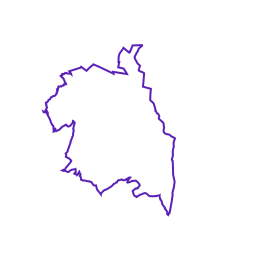 outline of Ixtacuixtla de Mariano Matamoros, Tlaxcala, Mexico, rotated 218°
{"feature_id": "50627088B9803475086398", "entity_name": "Ixtacuixtla de Mariano Matamoros", "entity_type": "district", "adm_level": 2, "iso_a3": "MEX", "parent_name": "Mexico", "parent_adm1": "Tlaxcala", "projection": "orthographic", "projection_center": [-98.372, 19.347], "detail": "fine", "context": "isolated", "style": "outline", "palette": "violet", "viewbox_px": 256, "rotation_deg": 218, "n_neighbors": 0, "source": "geoboundaries", "source_scale": "gbopen_adm2", "svg_char_len": 5634}
<svg xmlns="http://www.w3.org/2000/svg" viewBox="0 0 256 256"><g transform="rotate(218 128 128)"><path d="M72.2,129.2L72.5,129.3L72.7,129.7L73.9,129.9L74.9,132.1L75.3,133.4L75.9,134.2L77.1,135.7L78.8,137.8L80.5,141.6L81.3,142.4L83.3,144.9L84.6,148.8L87.6,148.4L88.4,148.1L90.9,148.2L91.8,148.1L93.1,147.3L94.5,146.7L95.1,146.6L96.4,146.5L97.7,147.1L98.4,147.9L99.1,149.0L99.7,150.5L101.0,151.6L101.4,152.1L103.4,153.9L107.9,154.2L109.1,154.2L109.7,154.5L110.3,156.0L110.7,156.6L111.5,157.0L112.4,157.5L113.1,157.7L114.6,157.5L116.2,158.4L117.0,158.4L117.1,158.9L117.5,159.1L119.1,160.5L122.4,162.8L123.6,163.3L125.6,163.5L127.2,163.5L127.9,163.9L131.8,169.4L134.1,173.0L136.7,171.8L141.7,169.8L142.9,171.8L149.0,181.1L150.9,180.9L153.3,180.1L154.9,179.9L155.3,180.4L156.9,184.5L159.0,184.6L160.3,184.8L164.5,186.6L165.8,187.3L166.5,187.9L166.5,188.4L167.0,189.6L166.9,190.2L167.6,193.1L167.5,194.0L167.6,194.6L168.4,197.3L167.6,201.3L167.6,201.6L168.0,201.9L175.2,195.9L173.4,189.6L173.8,189.7L173.7,188.1L180.9,188.4L180.7,187.4L180.5,181.8L179.9,179.9L179.2,178.4L176.1,174.1L175.5,174.6L173.1,169.8L168.1,172.1L163.8,170.7L162.0,169.9L174.3,163.1L172.8,161.9L188.1,158.5L194.5,156.8L194.5,156.5L194.5,156.0L195.2,153.2L195.9,148.2L195.9,147.6L202.7,147.3L202.7,146.1L209.2,136.6L208.4,136.5L207.5,136.2L206.3,135.7L205.9,135.4L206.8,135.4L207.6,134.8L208.4,134.3L209.0,134.0L209.1,133.8L209.7,133.4L210.6,133.3L211.4,132.8L211.4,131.5L211.8,131.3L212.1,130.5L213.0,130.3L213.2,130.1L213.1,129.8L212.5,129.4L212.4,129.2L212.8,128.8L213.0,128.3L213.1,127.5L211.8,127.5L211.5,127.3L210.5,127.4L209.2,127.2L206.8,125.9L206.3,125.4L205.9,125.1L205.7,125.0L204.9,125.1L204.0,124.5L204.4,124.3L204.5,124.0L204.6,123.0L205.0,122.8L205.4,122.8L205.5,122.7L205.4,122.4L205.1,122.0L205.1,121.9L205.3,121.3L205.9,120.7L206.1,119.6L207.1,119.2L207.3,118.9L207.5,118.3L208.3,118.0L208.4,117.7L208.2,117.4L207.7,117.0L207.5,116.7L207.7,115.9L207.3,115.6L207.3,115.1L207.7,114.6L207.4,114.3L206.9,114.5L206.5,114.4L206.4,113.4L205.8,112.5L206.1,111.9L205.5,111.3L205.3,110.6L205.5,110.0L205.3,109.4L205.5,108.2L206.6,107.1L206.8,106.7L207.0,105.4L207.5,104.9L207.6,104.6L207.2,102.5L207.3,102.2L207.6,101.8L207.9,101.3L207.6,100.1L207.5,99.1L208.2,97.5L207.7,97.2L207.8,96.8L207.5,96.4L206.3,95.9L206.1,95.2L205.7,95.1L204.3,94.1L204.4,93.5L204.1,92.3L203.5,91.9L203.4,91.6L203.7,91.1L203.5,90.9L203.4,90.5L204.0,89.4L203.9,89.0L204.1,88.7L204.5,88.7L204.2,88.5L203.6,89.0L203.0,90.7L202.7,91.3L202.3,91.4L202.0,91.3L202.0,91.2L202.3,91.0L202.3,90.7L201.7,90.9L201.3,90.8L201.7,90.3L201.6,89.8L201.0,90.0L200.3,89.9L200.2,89.8L200.3,89.5L199.6,89.5L199.4,89.3L199.4,88.8L195.2,86.9L191.6,84.7L190.8,84.4L190.0,83.8L189.1,83.8L188.1,83.6L187.7,83.4L187.2,82.5L186.5,81.9L186.1,81.2L185.4,81.0L185.0,81.2L184.9,81.6L185.2,82.2L185.3,82.4L185.1,82.7L184.8,82.7L184.4,82.2L184.2,81.8L184.2,81.3L184.7,79.7L184.5,79.4L184.3,79.8L183.8,80.2L183.3,81.3L183.0,81.4L182.6,81.4L182.1,82.6L181.4,83.5L181.1,84.3L180.6,88.3L180.5,88.8L179.8,90.1L179.5,91.2L178.9,92.4L178.6,92.6L178.2,92.5L177.7,92.2L176.8,92.2L175.8,92.5L175.4,93.0L174.8,94.6L174.9,96.0L174.7,97.4L174.8,97.9L175.7,99.7L175.3,99.8L174.3,99.5L173.5,99.5L172.9,98.8L172.5,97.6L172.2,97.1L172.0,96.1L170.9,94.5L170.8,93.9L170.2,93.1L169.6,93.0L169.3,92.6L168.7,91.7L168.5,90.9L166.7,88.2L166.4,86.9L164.8,81.8L164.7,81.3L164.1,80.8L163.5,78.5L163.0,77.6L163.0,77.0L162.3,75.2L161.8,73.4L161.2,72.6L161.1,71.8L161.3,70.8L161.4,69.5L160.8,69.3L160.0,68.7L159.2,67.0L156.0,67.7L155.1,67.7L153.4,67.5L152.5,67.2L152.2,65.2L152.3,60.9L152.5,58.5L152.4,57.9L152.2,57.2L152.2,56.4L152.3,56.2L153.0,55.6L153.7,54.1L152.6,54.4L151.9,54.9L151.7,55.3L151.2,55.6L150.4,55.7L149.6,56.0L148.3,56.2L147.7,57.2L147.3,59.1L146.6,60.5L145.6,61.7L144.2,63.0L144.1,63.3L143.0,62.4L142.2,61.0L141.4,60.5L142.1,60.6L142.2,59.0L141.3,59.2L141.1,59.6L140.6,59.4L139.7,59.8L139.1,59.5L139.0,60.5L139.4,61.4L139.1,62.6L139.4,62.9L139.5,63.6L139.1,63.4L138.6,62.6L138.2,62.5L137.6,62.5L136.6,62.0L136.7,60.9L136.5,60.5L136.2,60.4L135.3,60.4L134.1,59.4L133.4,58.6L132.9,58.3L132.1,58.8L131.2,58.8L130.6,59.4L129.8,59.9L128.3,60.7L126.3,61.5L125.8,62.2L125.0,62.2L124.1,62.7L123.4,62.8L120.2,61.8L119.4,61.8L117.8,63.1L114.8,60.6L108.5,59.0L109.0,59.7L109.0,60.1L108.8,61.8L108.8,62.3L108.5,63.5L108.5,64.1L108.1,65.0L107.3,65.8L107.0,66.9L106.2,68.6L105.9,69.7L105.2,71.5L104.9,73.2L104.8,75.0L104.7,75.4L104.2,76.1L103.8,77.6L103.3,78.3L103.6,80.1L103.4,81.0L102.6,81.6L102.0,82.7L101.3,83.5L100.2,83.8L99.7,83.8L99.4,84.2L98.8,84.5L98.1,85.4L97.9,86.6L97.2,86.6L97.0,89.0L96.5,89.6L96.3,90.0L95.8,90.3L95.8,86.8L95.3,85.2L95.1,84.7L94.9,84.7L94.5,84.8L94.1,85.5L93.3,86.5L93.1,87.1L92.7,87.5L92.5,88.1L92.0,89.0L91.2,89.5L90.5,90.5L89.7,91.0L89.5,91.3L87.4,91.3L86.3,91.2L85.4,90.8L84.8,90.8L84.5,90.7L83.6,90.2L83.4,89.9L83.4,87.6L83.1,86.9L83.3,86.4L83.7,86.1L83.8,85.7L84.0,85.5L84.3,85.6L84.7,85.1L84.9,84.5L85.1,82.6L85.5,81.6L85.6,81.4L85.4,81.2L85.1,80.9L84.0,80.2L83.0,79.4L81.9,78.8L81.2,78.6L80.1,78.8L79.6,79.0L79.3,79.3L78.8,78.9L78.5,79.5L77.5,82.7L76.2,84.5L75.8,85.6L74.4,87.3L74.0,87.5L72.8,87.7L70.1,87.5L68.8,87.7L67.8,88.6L67.0,88.9L66.7,89.2L64.4,91.4L64.1,91.3L63.4,92.5L62.3,93.7L61.9,94.0L61.7,94.4L61.4,93.8L59.3,92.2L58.5,91.8L58.4,91.5L57.8,91.5L56.4,91.0L54.6,89.5L53.8,89.0L50.8,88.1L49.9,88.0L49.4,87.7L49.3,87.1L48.3,87.0L45.3,86.0L44.6,85.4L44.5,84.8L44.2,84.3L43.9,84.2L42.9,84.2L43.1,84.7L42.9,85.9L42.8,86.1L43.2,86.8L43.2,87.2L48.5,97.3L51.7,102.9L52.7,103.9L53.2,104.5L55.5,109.9L58.3,114.5L63.6,118.9L69.6,126.2L72.2,129.2Z" fill="none" stroke="#5b21b6" stroke-width="2"/></g></svg>